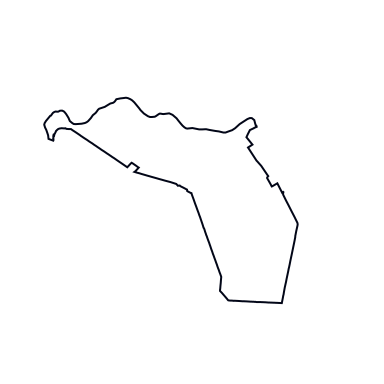 outline of Sanpetru Mare, Timis, Romania, rotated 327°
{"feature_id": "2599482B83892227967248", "entity_name": "Sanpetru Mare", "entity_type": "district", "adm_level": 2, "iso_a3": "ROU", "parent_name": "Romania", "parent_adm1": "Timis", "projection": "mercator", "projection_center": [20.765, 46.07], "detail": "fine", "context": "isolated", "style": "outline", "palette": "ink", "viewbox_px": 384, "rotation_deg": 327, "n_neighbors": 0, "source": "geoboundaries", "source_scale": "gbopen_adm2", "svg_char_len": 4666}
<svg xmlns="http://www.w3.org/2000/svg" viewBox="0 0 384 384"><g transform="rotate(327 192 192)"><path d="M213.0,327.8L214.6,326.0L217.8,322.6L221.9,318.6L224.1,316.3L228.3,312.1L229.5,310.9L231.3,309.0L232.2,308.2L233.0,307.4L234.6,305.8L237.2,303.1L241.7,298.6L251.5,288.7L253.6,286.5L254.0,286.1L254.7,285.1L255.6,284.2L258.3,281.4L262.1,277.7L262.9,276.8L263.1,276.5L263.3,276.0L263.6,275.3L264.4,268.6L264.5,267.6L265.0,262.4L265.7,255.9L266.2,250.6L266.9,244.6L267.0,243.9L267.5,242.9L267.7,242.7L267.9,242.4L268.0,242.4L268.4,241.9L269.3,241.5L267.2,241.7L268.3,231.2L262.3,230.9L261.9,230.8L262.2,227.8L262.6,221.1L263.3,220.6L264.6,220.2L264.5,218.4L264.3,207.8L263.8,204.5L263.4,201.8L263.2,200.9L263.2,185.2L268.5,185.2L267.5,175.7L269.4,174.5L269.8,174.2L274.3,171.6L278.1,172.1L278.4,172.2L278.7,172.2L279.1,172.1L281.7,172.6L281.9,172.2L282.1,171.3L282.0,171.1L281.8,171.0L281.7,170.9L282.4,168.6L283.4,165.6L282.4,162.6L280.8,161.5L278.2,161.0L273.3,161.0L269.0,161.0L262.9,162.0L259.3,162.0L254.8,160.9L252.5,160.4L250.8,159.3L247.5,155.8L244.8,153.5L240.5,149.5L238.0,147.0L234.4,144.9L232.0,143.3L227.9,139.3L227.2,138.6L222.5,136.2L221.5,135.1L220.8,133.4L220.2,131.2L219.8,128.3L219.4,124.5L219.2,121.8L217.7,116.7L215.7,113.6L213.8,112.7L210.7,111.2L209.7,110.5L208.4,109.2L207.4,108.6L205.4,108.6L203.2,108.7L201.8,108.6L199.3,107.3L197.6,106.2L196.3,104.4L194.4,100.0L193.4,95.2L193.3,93.1L192.5,86.1L192.4,85.3L191.7,82.5L190.9,80.7L189.4,78.4L188.0,77.0L185.5,75.8L182.9,74.5L179.1,73.0L177.2,73.8L175.8,74.2L174.3,74.2L171.7,73.3L168.8,73.2L165.2,73.1L159.5,71.6L158.0,71.8L156.3,72.5L154.3,73.2L150.6,73.6L147.5,74.9L143.5,76.0L141.6,76.1L139.7,75.8L136.6,74.6L131.5,71.8L129.9,70.6L129.3,69.4L128.8,68.0L128.2,65.9L128.8,62.5L128.9,58.2L128.7,56.0L128.4,54.6L127.4,53.0L125.5,51.9L123.7,51.8L122.6,51.2L121.6,50.3L120.2,49.9L118.5,49.9L116.8,50.5L115.7,51.0L115.4,51.1L114.6,50.9L108.2,52.9L105.9,54.0L104.7,55.1L103.9,57.9L103.6,60.6L102.8,63.8L102.2,66.1L100.6,69.3L103.6,73.4L103.8,73.3L103.9,73.2L104.2,72.8L104.4,72.5L104.6,72.2L104.8,71.8L104.8,71.6L104.8,71.4L105.2,71.1L105.4,70.8L105.6,70.6L105.7,70.2L106.1,70.0L106.3,69.9L106.3,69.6L106.3,69.4L106.5,69.3L106.6,69.2L106.8,69.1L106.9,68.9L107.0,68.7L107.3,68.4L107.5,68.4L107.7,68.5L107.7,68.9L107.7,69.0L107.8,68.9L108.2,68.6L108.8,68.3L109.5,67.9L110.0,67.6L110.5,67.3L111.1,66.8L112.2,66.6L112.4,66.5L114.1,66.3L115.4,66.6L117.4,67.5L119.6,69.2L120.4,69.5L120.7,69.8L120.9,70.5L121.1,70.7L122.8,72.0L123.6,72.5L124.8,73.4L125.1,74.2L125.4,75.0L125.8,75.9L126.7,77.9L127.9,80.7L128.4,81.9L129.0,83.3L129.4,84.5L129.9,85.6L130.6,87.3L131.4,89.1L132.4,91.3L133.3,93.6L134.2,95.6L134.9,97.1L135.1,97.7L135.2,97.9L135.6,99.0L136.5,101.0L137.3,103.0L138.3,105.3L139.2,107.6L140.1,109.5L140.9,111.4L141.8,113.6L142.4,114.9L143.3,117.1L143.5,117.5L144.2,119.3L145.1,121.2L146.5,124.7L147.5,127.1L149.1,130.9L150.0,133.1L150.8,135.0L151.2,136.0L153.6,135.4L156.4,134.7L156.6,134.7L157.3,134.6L158.2,136.5L158.6,137.6L159.0,138.5L159.4,139.5L159.8,140.6L160.2,141.7L160.6,142.5L159.2,142.9L156.8,143.5L156.3,143.7L154.7,143.8L156.2,145.6L158.2,147.8L159.5,149.4L161.5,151.7L163.3,153.8L164.8,155.5L166.1,157.0L167.6,158.7L169.8,161.2L171.6,163.3L173.4,165.3L175.4,167.6L177.3,169.7L179.3,171.9L183.2,176.7L183.6,179.1L184.0,179.2L184.9,179.7L185.2,179.9L185.2,180.2L185.3,180.4L185.5,180.8L185.7,181.3L186.9,183.3L188.3,185.8L189.0,187.2L189.1,187.3L188.5,188.6L189.1,189.8L190.3,191.9L190.5,192.3L190.9,192.6L190.4,194.4L189.4,198.8L188.3,203.3L187.6,206.5L187.0,209.0L186.5,211.2L186.1,213.1L185.5,215.4L185.1,217.4L184.5,219.7L183.9,222.1L183.3,224.5L182.7,226.7L182.2,228.3L182.2,228.5L182.3,228.9L182.3,229.0L182.2,229.4L182.0,230.3L181.4,232.3L180.8,234.8L180.5,235.8L180.3,237.1L179.7,239.4L179.2,241.6L178.7,244.0L178.1,246.2L178.1,246.4L177.6,248.3L177.0,250.6L176.5,252.9L175.9,255.1L175.4,257.5L174.9,259.5L174.4,261.8L173.8,264.2L173.3,266.5L172.8,268.3L172.4,270.0L172.0,272.0L171.4,274.3L171.0,276.3L170.4,278.7L170.3,279.1L169.6,280.0L168.1,281.9L166.6,283.9L164.9,286.0L163.2,288.2L162.1,289.5L161.9,289.8L161.8,290.0L161.7,290.1L161.6,290.3L161.7,290.6L161.9,291.8L162.1,292.7L163.2,300.8L163.3,302.2L163.4,302.6L164.4,303.5L167.1,305.4L167.4,305.8L167.6,305.9L168.1,306.1L168.3,306.3L170.0,307.5L171.9,308.9L174.8,311.1L175.5,311.6L176.1,311.9L176.8,312.5L177.1,312.7L177.3,312.8L180.4,315.1L181.7,316.1L183.8,317.5L184.6,318.2L185.3,318.6L186.0,319.3L187.3,320.2L188.8,321.2L189.6,321.7L190.3,322.2L193.4,324.4L195.6,326.1L195.9,326.3L201.0,329.9L205.2,332.9L206.8,334.1L210.6,330.2L212.0,328.7L213.0,327.8Z" fill="none" stroke="#020617" stroke-width="2"/></g></svg>